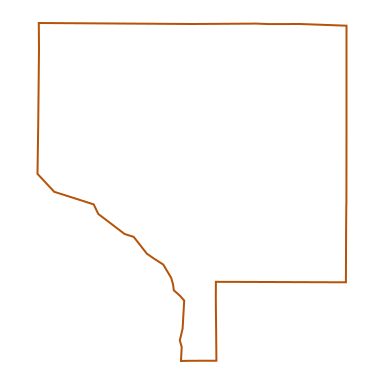 Anoka, Minnesota, United States of America
{"feature_id": "52423323B48420987628621", "entity_name": "Anoka", "entity_type": "district", "adm_level": 2, "iso_a3": "USA", "parent_name": "United States of America", "parent_adm1": "Minnesota", "projection": "mercator", "projection_center": [-93.252, 45.225], "detail": "fine", "context": "isolated", "style": "outline", "palette": "amber", "viewbox_px": 384, "rotation_deg": 0, "n_neighbors": 0, "source": "geoboundaries", "source_scale": "gbopen_adm2", "svg_char_len": 628}
<svg xmlns="http://www.w3.org/2000/svg" viewBox="0 0 384 384"><path d="M346.5,25.7L300.2,24.0L269.5,24.1L256.5,23.6L192.2,24.0L38.8,23.0L39.0,49.1L38.2,126.1L37.5,173.9L54.2,191.8L93.7,204.4L98.3,214.0L124.6,234.0L133.7,236.9L146.8,253.6L152.9,257.9L163.3,264.6L171.2,277.9L173.0,284.2L173.8,290.3L180.1,295.9L184.2,300.6L182.6,328.7L179.8,340.5L181.7,346.9L181.0,361.0L188.1,360.8L216.4,360.7L216.3,348.0L216.2,337.7L216.2,334.6L215.9,309.6L215.8,297.3L215.9,281.8L225.3,281.9L240.4,281.9L291.8,282.1L345.9,282.3L346.1,229.0L346.3,205.1L346.4,204.9L346.5,128.3L346.5,25.7Z" fill="none" stroke="#b45309" stroke-width="2"/></svg>